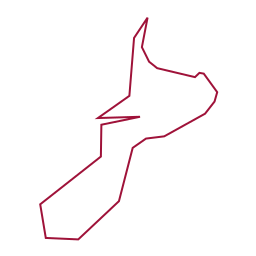 the district of Kalawao, Hawaii, United States of America, rotated 88°
{"feature_id": "52423323B8965190317075", "entity_name": "Kalawao", "entity_type": "district", "adm_level": 2, "iso_a3": "USA", "parent_name": "United States of America", "parent_adm1": "Hawaii", "projection": "albers", "projection_center": [-156.961, 21.174], "detail": "fine", "context": "isolated", "style": "outline", "palette": "rose", "viewbox_px": 256, "rotation_deg": 88, "n_neighbors": 0, "source": "geoboundaries", "source_scale": "gbopen_adm2", "svg_char_len": 435}
<svg xmlns="http://www.w3.org/2000/svg" viewBox="0 0 256 256"><g transform="rotate(88 128 128)"><path d="M200.8,139.6L148.0,124.0L139.2,110.4L137.6,92.1L116.4,50.5L104.6,40.6L95.3,37.6L76.3,50.4L75.4,54.7L79.5,59.3L69.2,96.8L62.5,104.6L47.7,111.3L18.4,104.6L38.2,118.8L95.9,125.5L117.0,157.7L117.2,115.6L123.8,154.5L155.6,156.1L201.2,218.4L235.0,214.0L237.6,181.6L200.8,139.6Z" fill="none" stroke="#9f1239" stroke-width="2"/></g></svg>